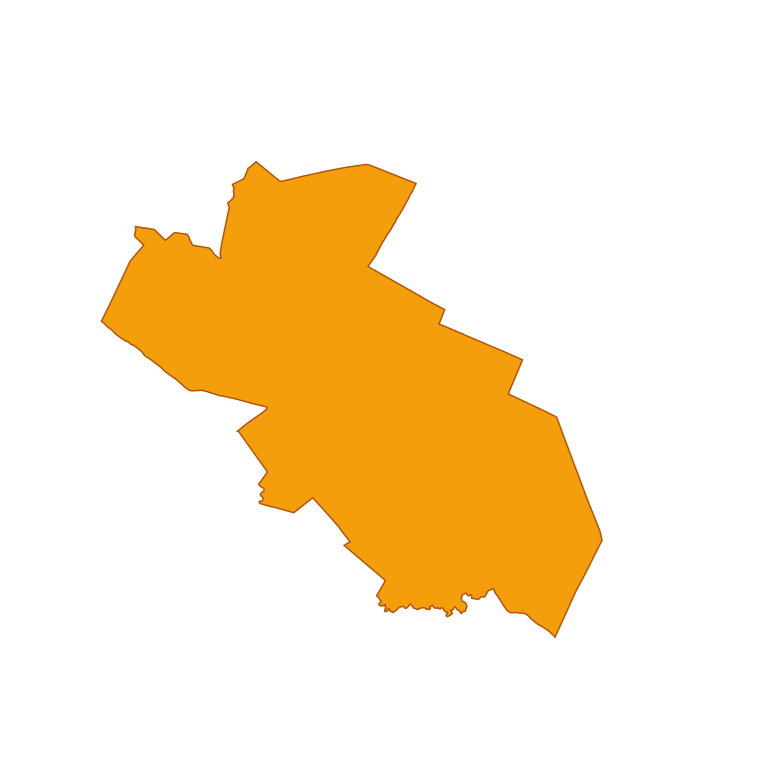 Racovita, Timis, Romania (Robinson projection), rotated 219°
{"feature_id": "2599482B19277843402836", "entity_name": "Racovita", "entity_type": "district", "adm_level": 2, "iso_a3": "ROU", "parent_name": "Romania", "parent_adm1": "Timis", "projection": "robinson", "projection_center": [21.607, 45.699], "detail": "fine", "context": "isolated", "style": "filled", "palette": "amber", "viewbox_px": 768, "rotation_deg": 219, "n_neighbors": 0, "source": "geoboundaries", "source_scale": "gbopen_adm2", "svg_char_len": 6093}
<svg xmlns="http://www.w3.org/2000/svg" viewBox="0 0 768 768"><g transform="rotate(219 384 384)"><path d="M485.3,560.0L529.7,546.1L534.4,544.5L535.4,543.8L536.5,542.8L548.0,530.5L553.1,524.7L561.5,514.7L577.1,495.3L587.6,481.6L591.1,477.0L592.0,476.5L592.9,476.1L593.7,476.0L623.2,476.2L624.4,469.8L624.8,467.2L625.4,466.3L625.4,465.8L624.8,464.8L622.1,455.7L622.2,454.8L624.4,450.2L627.3,443.8L627.0,443.3L623.4,441.6L623.0,441.3L623.0,440.9L623.1,440.4L623.0,439.8L620.1,437.2L618.9,435.3L618.4,434.1L618.3,433.0L618.5,432.1L618.5,430.9L618.9,428.4L619.2,427.8L619.4,427.3L619.3,426.4L618.7,425.8L617.8,425.4L617.4,424.9L617.2,424.6L615.6,424.4L609.0,411.4L598.7,391.4L594.4,383.8L593.3,382.2L589.8,379.1L591.2,378.1L591.8,377.9L596.3,377.8L598.1,378.1L602.0,379.4L605.3,379.5L605.9,379.4L619.2,371.8L620.0,371.6L620.9,371.7L626.9,374.5L628.1,375.5L631.3,376.4L642.0,369.9L642.5,367.2L644.3,358.1L659.2,359.4L660.5,359.1L666.8,355.5L669.4,353.8L676.3,349.9L673.9,347.4L671.4,342.6L670.4,341.9L669.5,341.7L658.1,340.8L658.6,319.7L650.0,284.8L646.7,271.0L643.1,254.9L640.8,255.0L638.8,254.9L637.0,254.6L634.0,254.4L633.5,254.4L632.3,254.6L630.8,254.7L629.9,254.5L628.0,254.5L627.4,254.5L626.2,254.2L625.4,254.1L622.3,254.0L620.0,254.1L615.1,254.4L612.5,254.7L611.3,254.9L610.2,255.5L609.8,255.7L608.7,255.7L605.8,255.6L605.3,255.6L604.8,255.8L603.7,256.4L602.9,256.4L601.7,256.4L599.7,256.7L598.8,256.7L597.5,256.6L594.8,256.8L591.8,256.6L589.4,255.8L586.1,255.5L581.7,256.1L578.6,256.3L571.3,256.5L565.4,256.4L564.1,256.0L556.5,256.2L548.0,256.8L535.1,256.2L532.0,256.5L529.3,257.5L521.8,264.3L517.4,266.5L504.7,271.4L501.8,273.1L489.6,279.2L472.9,286.5L460.6,292.4L459.4,290.4L460.5,285.0L465.1,269.2L468.2,255.1L467.2,255.6L419.2,242.3L418.3,227.0L417.6,227.0L417.3,226.9L416.3,226.7L414.9,226.7L412.1,227.2L411.5,227.1L411.1,226.9L410.6,226.5L410.4,225.8L410.3,225.2L410.6,223.9L410.8,222.2L410.8,221.4L410.7,220.6L410.3,220.0L409.9,219.8L408.8,219.6L407.5,219.6L405.8,219.0L405.4,218.5L405.2,217.8L405.1,216.3L406.0,215.6L406.8,214.6L406.9,214.1L406.6,213.6L406.2,213.4L405.2,213.1L397.7,216.2L391.9,219.0L382.0,223.4L373.1,227.2L367.8,250.8L347.5,247.6L327.4,244.2L327.0,243.7L322.0,242.6L311.1,240.0L313.4,233.5L259.6,232.2L258.9,230.4L256.7,216.4L256.4,214.7L256.1,214.6L255.2,214.5L254.0,214.8L253.0,214.4L252.3,214.0L251.3,213.7L250.5,213.6L249.6,213.3L249.3,213.0L249.2,212.6L249.2,212.0L249.5,211.3L249.7,210.6L249.6,209.9L248.9,209.5L248.1,209.2L246.7,209.6L245.4,210.7L244.6,212.9L244.5,213.0L243.9,213.0L243.7,212.8L243.5,212.5L243.5,212.2L243.4,212.0L241.4,211.0L241.4,210.3L241.5,209.8L241.5,209.3L241.4,208.9L241.0,208.2L240.7,208.0L239.2,208.3L238.9,208.6L238.8,209.0L238.7,209.7L238.6,210.1L238.6,210.7L238.8,211.3L239.3,212.2L239.2,212.4L238.8,212.5L238.3,212.5L237.8,212.3L237.4,212.0L236.9,211.5L236.7,211.4L236.3,211.4L235.5,211.4L235.3,211.5L234.8,211.9L233.8,212.0L233.2,212.3L233.1,212.6L232.8,213.2L232.3,215.5L232.1,216.3L231.5,220.2L229.0,223.5L228.5,223.5L227.0,223.1L226.4,223.1L226.1,223.2L225.7,223.5L225.5,223.9L225.3,225.3L225.1,226.5L225.1,227.1L225.2,228.0L225.4,228.5L225.5,228.8L224.7,229.5L223.3,229.6L222.7,229.5L221.9,229.1L220.6,228.6L220.2,228.6L219.5,228.7L218.6,229.1L217.2,229.4L216.0,229.9L214.4,233.0L214.1,233.5L213.2,234.4L212.5,234.9L211.4,235.6L210.8,235.8L210.5,235.7L209.4,235.5L209.0,235.7L208.7,236.1L208.5,236.6L207.3,237.0L206.8,237.2L206.5,237.5L206.5,237.8L206.6,238.1L206.9,238.8L207.6,239.3L208.3,239.7L207.5,241.4L207.1,242.4L204.3,241.8L203.7,241.8L203.2,242.0L202.6,242.4L201.9,243.0L201.7,243.7L201.3,243.9L200.1,244.1L199.2,244.3L198.6,245.0L198.8,245.8L198.8,246.2L198.6,246.4L197.9,246.5L197.4,246.7L196.9,246.6L195.4,246.0L193.1,245.6L192.6,245.6L191.7,246.2L191.4,246.2L190.8,246.2L190.5,246.1L190.3,245.8L190.2,245.5L190.6,244.2L190.4,243.8L190.2,243.5L189.8,243.1L189.3,243.0L188.7,243.0L188.2,243.3L186.8,246.5L186.4,248.7L189.4,249.8L189.7,250.1L189.5,250.5L189.3,250.7L188.9,251.0L188.3,251.7L188.3,252.0L188.6,253.3L188.7,254.0L188.7,254.7L188.5,255.3L188.2,255.7L186.2,255.0L185.8,254.8L185.5,254.7L184.0,255.0L183.1,255.3L180.2,254.2L179.9,254.2L179.6,254.3L179.3,255.1L179.4,256.3L179.2,256.9L179.1,257.2L178.3,257.9L178.0,258.2L177.9,258.4L177.9,258.7L177.9,259.1L178.3,259.6L178.8,260.7L179.1,262.0L179.5,263.3L180.7,264.1L181.4,264.7L182.2,264.8L183.1,265.1L183.6,265.1L184.2,265.1L186.3,264.4L187.6,265.3L189.3,266.1L189.6,266.8L189.7,267.1L189.8,268.1L190.4,269.9L189.3,272.0L188.9,272.7L188.5,273.0L188.1,273.1L186.4,272.4L185.7,272.4L185.1,272.5L184.8,272.7L184.6,273.0L184.5,273.5L184.5,274.2L184.3,274.6L183.6,274.9L183.3,274.9L182.9,274.7L181.7,273.4L181.2,272.9L180.9,272.8L180.6,272.8L179.7,273.3L178.1,274.4L176.1,275.4L175.0,276.2L175.0,277.5L174.4,280.1L172.1,281.5L171.9,281.8L171.8,282.5L171.9,283.5L172.4,285.0L172.9,288.7L171.9,290.8L170.3,293.7L168.3,292.9L166.8,292.0L165.2,291.4L160.5,290.2L152.1,287.2L150.1,286.6L148.4,286.1L148.1,286.0L146.9,285.8L145.7,285.4L144.0,285.6L141.7,286.0L140.3,287.0L139.6,287.8L138.6,288.6L134.9,291.2L134.0,291.7L133.0,292.5L132.2,292.9L131.3,293.6L130.1,294.2L128.8,294.5L126.4,294.7L125.1,294.5L123.2,294.2L122.2,294.0L118.4,294.2L117.3,294.0L115.4,294.0L112.4,294.2L109.0,294.9L106.9,295.1L104.0,295.5L101.2,295.8L100.3,295.7L99.4,295.7L97.7,295.5L94.3,295.3L91.7,294.9L95.0,307.3L98.4,320.5L104.1,342.4L105.0,346.5L108.3,363.7L113.8,388.6L116.2,399.7L123.0,405.2L141.5,415.6L151.4,421.1L173.6,434.2L186.3,441.6L191.8,444.9L209.4,455.2L221.9,462.7L228.9,466.7L229.4,466.8L230.6,466.6L245.1,463.3L281.2,454.5L282.8,459.9L286.6,473.1L291.5,489.9L311.1,484.7L323.7,481.0L330.4,479.1L352.9,472.7L353.7,472.6L379.2,465.2L379.4,466.9L383.7,480.0L393.3,478.1L396.5,477.4L409.4,475.3L430.7,471.8L452.5,468.2L470.4,465.2L471.3,478.4L473.5,488.9L474.0,491.3L474.8,497.9L475.5,502.7L475.8,507.8L476.9,514.0L477.0,516.1L478.0,519.8L478.0,520.5L478.4,522.7L479.1,529.0L480.4,536.3L480.7,537.7L481.6,542.9L482.4,546.0L482.9,548.7L482.9,549.2L483.6,553.6L484.2,555.3L484.6,556.9L485.0,559.2L485.3,560.0Z" fill="#f59e0b" stroke="#b45309" stroke-width="1.5"/></g></svg>